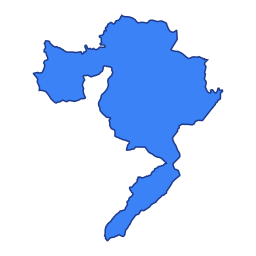 the district of Dharmasraya, Sumatera Barat, Indonesia
{"feature_id": "22746128B7219534805401", "entity_name": "Dharmasraya", "entity_type": "district", "adm_level": 2, "iso_a3": "IDN", "parent_name": "Indonesia", "parent_adm1": "Sumatera Barat", "projection": "orthographic", "projection_center": [101.535, -1.251], "detail": "fine", "context": "isolated", "style": "filled", "palette": "blue", "viewbox_px": 256, "rotation_deg": 0, "n_neighbors": 0, "source": "geoboundaries", "source_scale": "gbopen_adm2", "svg_char_len": 5700}
<svg xmlns="http://www.w3.org/2000/svg" viewBox="0 0 256 256"><path d="M220.4,98.7L220.5,93.2L222.5,91.5L222.5,90.5L222.1,90.0L220.3,90.4L219.6,90.1L219.0,88.3L218.3,88.2L217.9,88.6L217.3,91.1L216.2,92.7L215.5,92.9L214.2,92.2L212.6,89.9L211.5,89.8L210.5,90.3L210.9,91.6L210.8,92.5L210.5,92.9L209.4,93.0L208.4,92.5L206.8,90.5L205.3,87.0L206.3,82.6L205.8,81.0L204.5,79.6L204.5,78.6L205.4,74.2L205.3,73.7L204.7,73.2L204.6,72.4L205.6,68.9L205.9,66.5L204.6,64.6L204.6,63.5L204.9,62.6L207.5,59.9L205.3,59.5L204.5,58.8L204.2,59.4L203.6,59.2L202.8,58.4L198.7,56.6L197.2,57.3L194.9,56.9L192.3,57.0L189.6,58.4L187.8,58.2L182.0,53.4L178.3,51.5L174.6,51.2L172.0,50.4L171.2,49.9L171.0,49.4L177.2,39.4L176.7,30.5L176.5,30.4L173.6,32.2L172.1,32.1L170.8,31.7L169.6,30.7L168.3,28.6L167.0,25.4L166.4,23.4L166.0,22.9L162.0,21.1L160.6,21.0L157.6,21.6L152.6,20.2L150.5,20.3L149.5,20.6L147.5,22.8L146.7,23.0L143.1,22.4L141.0,22.3L139.0,22.8L137.8,22.7L136.1,21.1L135.4,19.9L132.5,18.0L129.1,16.9L125.3,16.7L123.1,16.3L121.8,15.4L121.7,15.8L121.4,16.0L120.7,17.0L120.6,17.5L119.6,19.2L118.6,20.2L116.1,20.8L115.4,21.8L115.4,22.3L115.1,22.3L114.8,23.3L114.5,23.4L114.0,24.0L113.3,24.1L112.2,23.0L111.1,22.4L110.3,22.6L109.5,23.4L107.9,24.2L107.9,24.7L107.5,25.3L107.5,25.8L107.2,25.8L107.1,26.7L106.3,27.3L106.0,27.2L105.4,28.4L106.1,29.8L106.1,30.8L104.5,30.5L104.2,30.9L103.3,34.4L101.8,35.4L100.0,35.5L99.9,35.9L99.3,36.2L99.3,36.7L100.0,37.4L101.0,37.8L101.4,38.6L101.2,40.8L101.6,42.5L101.4,43.0L101.0,43.0L100.7,43.4L100.1,43.7L100.4,44.6L100.7,45.0L102.3,44.8L104.1,45.1L104.8,45.6L105.1,46.4L105.0,47.0L104.7,47.3L99.7,47.2L97.6,49.1L96.3,49.7L94.4,49.3L93.7,48.4L93.3,48.4L92.1,49.3L91.5,49.3L90.8,49.0L90.3,48.4L87.9,48.8L86.6,45.9L86.1,45.2L85.6,45.3L85.0,45.7L84.9,46.5L85.2,47.8L85.7,48.2L86.1,49.3L86.0,51.4L85.0,51.9L83.7,52.2L83.5,53.3L82.1,54.0L81.2,52.1L80.7,51.7L76.5,52.6L75.6,52.3L74.2,52.5L73.2,52.1L67.3,52.1L65.8,51.8L65.4,51.3L64.2,50.8L63.1,49.7L62.7,49.7L59.7,47.8L57.7,47.5L57.2,46.8L56.5,46.7L56.1,46.7L55.5,47.1L53.4,46.2L50.8,43.9L49.6,42.4L49.5,41.5L48.1,41.0L45.8,40.8L45.3,41.4L45.0,42.8L44.3,43.4L45.1,44.8L45.5,47.6L45.0,48.8L44.2,49.6L44.2,52.0L45.6,52.2L46.1,52.5L46.3,54.6L47.2,56.4L47.9,59.0L47.2,59.8L45.0,60.7L44.2,61.4L43.8,63.2L44.6,64.6L44.8,65.7L44.3,67.1L44.3,67.9L42.6,71.8L41.6,72.8L39.1,73.0L37.7,72.4L33.5,73.4L33.7,74.0L36.7,77.6L37.5,78.9L37.7,79.5L37.2,81.6L39.3,86.7L39.5,88.0L39.2,90.4L40.2,90.2L42.7,90.6L44.4,91.0L46.1,91.9L48.8,95.3L50.9,98.8L54.3,102.0L55.4,102.8L56.0,102.9L56.5,102.9L57.6,102.1L59.8,101.9L62.7,100.2L64.1,100.6L65.8,101.5L66.7,101.6L67.5,101.4L68.4,100.7L69.3,100.4L74.6,101.4L78.5,100.2L81.3,98.5L82.7,98.8L84.8,98.4L85.3,97.8L85.3,97.4L83.7,93.9L83.1,90.4L83.6,88.5L82.7,86.3L82.5,84.6L82.6,83.8L83.1,82.9L83.4,81.7L84.6,80.2L84.6,79.8L83.3,76.9L83.2,76.3L83.5,75.9L84.6,75.5L86.2,75.6L87.7,75.1L90.4,76.6L91.5,76.8L94.2,75.7L95.2,75.7L99.1,74.1L99.7,73.6L100.2,72.7L102.3,71.2L103.0,69.5L103.1,67.8L103.5,66.6L104.1,66.1L105.2,65.8L106.9,66.4L110.3,66.9L111.4,67.6L111.9,68.4L111.8,70.3L112.8,72.3L112.8,72.7L112.1,73.8L111.7,75.6L110.2,76.5L109.8,77.4L108.1,79.1L107.8,81.0L108.4,84.7L108.1,86.6L106.8,89.4L104.5,92.3L102.1,94.4L101.4,95.5L100.7,98.7L98.8,102.2L98.5,103.3L98.7,105.5L99.9,108.1L100.0,110.2L100.5,111.1L102.7,113.7L106.6,117.2L110.3,117.8L110.5,118.5L109.1,120.2L109.8,122.9L109.8,125.6L111.0,128.1L111.7,128.8L114.3,129.9L114.6,130.3L115.1,132.4L114.9,136.0L116.3,136.9L118.6,137.7L120.1,138.6L121.9,139.1L122.9,139.7L126.1,140.4L126.8,140.9L129.1,141.5L129.4,142.0L129.3,142.7L128.9,143.7L127.9,144.8L127.4,146.2L126.5,149.6L126.5,149.9L126.8,150.2L130.5,149.8L132.1,149.1L133.8,149.1L135.6,147.0L144.9,147.1L145.4,147.5L148.5,151.9L150.1,153.0L152.8,154.3L154.0,155.5L157.2,157.1L159.7,157.5L161.1,158.1L166.3,162.9L166.4,163.4L164.8,163.7L163.2,165.4L161.8,165.6L160.7,166.2L158.2,166.6L157.3,167.9L155.2,168.6L154.6,169.1L154.4,170.5L153.8,171.1L152.5,171.6L152.2,172.0L151.5,173.0L151.4,173.8L150.3,175.3L148.8,175.6L147.7,176.3L146.6,176.1L146.2,176.5L144.0,177.3L143.2,177.9L141.6,177.7L140.5,177.1L139.6,177.6L139.1,177.4L138.9,177.0L138.2,177.1L137.6,179.2L137.0,179.9L137.3,180.8L137.2,181.7L133.9,184.6L133.0,186.0L131.8,187.1L130.2,187.2L129.6,187.5L129.7,188.6L130.3,190.3L131.1,191.1L131.7,192.4L132.9,193.2L133.0,194.4L131.3,196.6L130.1,197.1L129.2,198.1L128.6,200.5L128.0,201.1L127.3,201.2L127.0,202.2L127.4,203.8L127.3,204.8L125.4,208.1L125.2,209.4L124.6,210.0L123.1,210.3L122.8,210.6L120.3,211.0L117.9,213.4L116.7,214.1L114.2,216.7L111.7,219.8L111.2,220.9L108.0,223.6L106.0,226.5L105.2,229.8L105.1,234.1L104.6,235.9L105.4,236.6L105.6,237.0L105.5,238.5L107.2,240.6L107.9,240.5L109.8,238.2L111.8,237.4L114.0,237.2L116.0,236.1L117.0,236.0L118.2,235.0L119.1,234.8L122.3,236.3L123.5,236.4L124.7,234.8L125.6,230.5L127.9,227.5L128.6,225.8L130.1,224.0L131.3,221.1L135.5,215.4L136.3,214.9L138.7,214.1L140.9,210.6L142.3,210.4L143.8,210.7L149.6,206.9L151.4,204.5L156.2,201.9L156.7,200.7L157.3,200.3L157.7,199.6L161.0,196.8L161.7,195.7L164.0,195.0L164.8,194.0L166.4,193.1L166.6,191.3L170.7,185.3L172.5,182.0L175.1,179.3L179.7,175.6L179.8,174.7L178.2,170.5L176.8,169.7L174.9,169.3L173.9,167.5L172.9,164.3L173.8,162.9L179.4,157.3L179.9,156.1L179.7,154.2L179.2,152.7L177.3,149.7L175.9,145.7L174.0,142.8L173.0,140.3L172.5,138.3L173.0,137.1L177.5,131.3L177.8,128.9L179.2,127.9L179.0,126.8L179.2,125.6L180.3,125.3L181.5,124.4L182.2,124.1L184.0,124.4L187.4,124.3L191.8,124.8L192.6,124.7L194.2,123.8L195.3,121.4L196.8,120.9L197.6,120.3L202.5,120.5L211.4,109.1L213.2,107.1L213.8,106.0L215.2,104.7L215.8,102.9L217.1,102.2L217.8,100.6L218.2,100.1L219.8,99.4L220.4,98.7Z" fill="#3b82f6" stroke="#1e3a8a" stroke-width="1.5"/></svg>